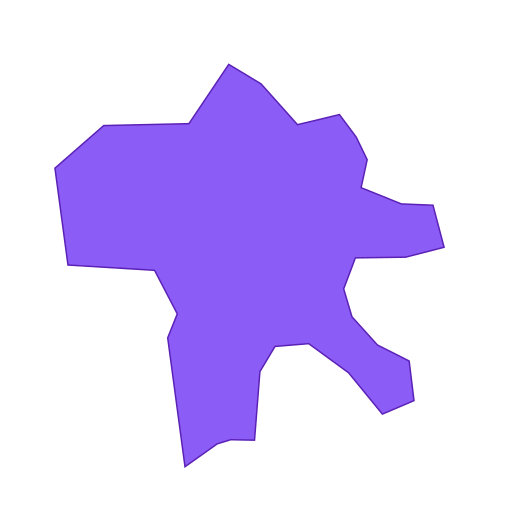 outline of Szeged, rotated 349°
{"feature_id": "HUN-4916", "entity_name": "Szeged", "entity_type": "Urban county", "adm_level": 1, "iso_a3": "HUN", "parent_name": "Hungary", "parent_adm1": "", "projection": "equal_earth", "projection_center": [20.159, 46.25], "detail": "fine", "context": "isolated", "style": "filled", "palette": "violet", "viewbox_px": 512, "rotation_deg": 349, "n_neighbors": 0, "source": "natural_earth", "source_scale": "10m", "svg_char_len": 574}
<svg xmlns="http://www.w3.org/2000/svg" viewBox="0 0 512 512"><g transform="rotate(349 256 256)"><path d="M219.4,436.5L196.1,431.5L182.1,433.0L146.1,449.3L153.7,319.5L167.7,297.8L153.7,250.7L69.7,229.0L75.4,131.4L131.4,98.9L215.4,113.3L265.8,62.7L293.8,88.0L321.8,135.0L364.9,133.1L377.1,158.5L383.5,182.7L372.2,209.0L408.6,232.6L439.4,239.9L442.3,283.3L402.7,285.7L353.2,276.8L335.8,305.0L338.6,334.0L358.2,366.5L386.3,388.3L383.5,428.1L349.9,435.3L324.6,388.3L291.0,352.1L257.4,348.4L237.8,370.2L219.4,436.5Z" fill="#8b5cf6" stroke="#5b21b6" stroke-width="1.5"/></g></svg>